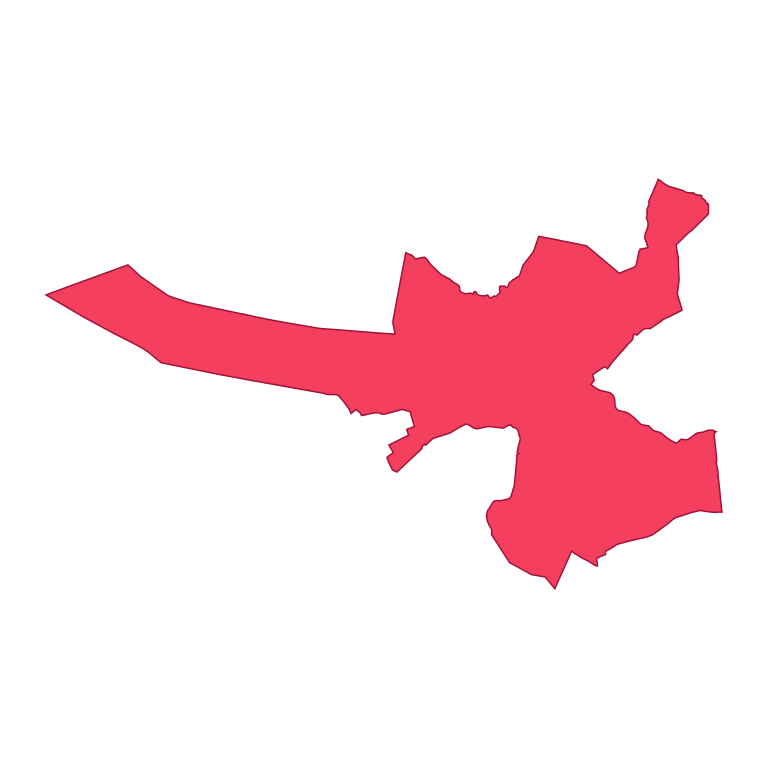 Woudenberg, Utrecht, Netherlands
{"feature_id": "6326949B36718410472652", "entity_name": "Woudenberg", "entity_type": "district", "adm_level": 2, "iso_a3": "NLD", "parent_name": "Netherlands", "parent_adm1": "Utrecht", "projection": "mercator", "projection_center": [5.439, 52.08], "detail": "fine", "context": "isolated", "style": "filled", "palette": "rose", "viewbox_px": 768, "rotation_deg": 0, "n_neighbors": 0, "source": "geoboundaries", "source_scale": "gbopen_adm2", "svg_char_len": 6091}
<svg xmlns="http://www.w3.org/2000/svg" viewBox="0 0 768 768"><path d="M683.2,190.7L680.1,189.6L668.9,186.4L663.8,183.4L661.1,181.2L658.3,179.3L652.1,193.8L649.1,200.5L648.9,201.2L648.8,202.3L649.1,203.4L649.0,204.3L648.7,205.2L647.2,208.8L646.9,212.9L647.0,213.6L647.2,215.1L646.3,217.7L647.4,220.6L647.8,221.9L648.0,222.8L648.0,225.1L647.6,227.6L645.3,233.6L645.1,234.5L644.9,237.6L645.0,239.0L645.4,239.9L646.0,240.9L645.7,241.2L646.5,242.4L647.6,246.8L648.0,247.7L640.1,249.1L639.3,251.0L638.8,252.4L637.2,260.4L636.1,264.8L636.1,265.4L635.9,265.8L635.2,266.1L634.3,267.3L625.4,270.6L622.1,272.1L619.1,273.2L586.8,246.0L586.4,245.8L566.3,241.7L566.3,241.8L553.0,239.0L538.8,236.4L538.5,237.0L535.3,246.6L533.3,251.9L523.1,265.1L519.8,274.8L518.9,276.8L518.1,276.6L517.3,276.9L514.7,278.9L512.7,279.8L511.5,281.3L510.6,281.7L509.1,283.2L508.7,284.7L507.8,286.4L507.6,286.8L506.6,287.5L505.9,287.6L505.4,287.2L504.8,286.0L504.1,286.2L501.5,286.1L499.9,286.3L499.7,286.5L499.5,287.1L499.5,289.0L499.5,289.9L500.1,292.7L500.0,293.1L498.9,293.5L497.2,295.4L496.1,296.1L495.5,296.3L494.5,296.0L493.9,296.1L491.2,297.8L490.0,297.9L489.3,297.6L488.1,295.4L487.3,295.0L485.4,295.7L483.3,295.9L479.8,295.5L478.1,295.1L477.2,294.4L476.3,292.4L475.2,291.6L474.6,291.6L473.9,291.9L473.6,292.4L473.6,293.3L473.4,293.8L473.1,294.0L472.2,293.7L470.1,293.1L465.0,293.8L463.7,293.1L461.7,292.5L460.5,291.4L459.7,290.5L459.6,288.0L459.4,286.6L458.9,285.6L457.1,284.3L455.2,283.3L453.2,282.1L449.8,279.1L449.1,278.6L448.6,278.6L443.1,275.5L441.6,274.9L441.1,274.6L430.2,264.0L429.5,263.1L428.7,261.7L427.9,260.5L424.9,257.4L424.1,257.2L416.6,258.7L415.5,258.7L414.6,258.2L412.9,256.2L411.2,254.9L409.4,254.4L405.8,252.7L405.5,253.9L404.1,261.8L402.3,270.8L393.1,320.1L392.9,322.3L392.9,323.1L394.7,332.1L395.0,333.5L395.0,334.1L379.6,333.1L342.0,330.1L328.4,329.1L320.4,328.5L316.0,327.9L275.4,320.8L254.8,316.7L246.6,314.8L233.6,312.2L189.2,302.8L173.3,297.6L168.0,295.6L140.7,276.6L133.4,269.8L127.9,264.9L70.8,285.7L58.2,290.4L51.2,292.9L46.1,295.0L83.5,317.0L113.4,333.2L131.6,342.4L143.0,348.5L149.5,353.0L161.0,362.7L217.8,374.2L251.7,380.5L322.6,393.1L327.1,394.4L329.9,394.6L331.8,394.5L334.4,394.6L337.0,394.9L338.1,395.1L343.6,401.6L345.6,404.2L347.2,406.6L349.3,409.2L351.0,413.5L356.0,409.5L360.1,412.7L361.5,415.5L364.2,415.2L365.0,414.9L370.2,413.7L376.1,412.7L377.0,412.7L378.9,413.0L380.0,413.4L382.0,414.2L385.9,413.9L402.3,409.4L410.4,411.9L410.8,414.2L411.3,416.0L414.4,426.5L406.7,429.4L408.6,435.2L388.9,445.0L393.2,452.6L388.9,455.8L386.9,457.6L388.7,462.3L392.3,469.6L392.5,469.9L396.9,472.1L420.7,449.7L421.3,449.0L421.2,448.7L421.7,448.7L422.2,446.3L424.1,444.6L424.5,444.0L425.7,445.2L430.9,440.3L433.2,438.4L450.0,433.0L454.0,430.6L461.9,426.0L462.9,425.7L465.2,424.4L466.2,424.1L467.2,424.2L469.1,425.1L473.7,428.0L475.3,428.5L477.1,428.8L483.2,427.6L486.6,426.7L488.4,426.6L492.6,426.8L497.8,427.5L503.5,428.1L508.1,425.4L509.6,425.3L511.0,424.8L512.3,426.8L513.1,427.3L515.7,428.1L516.5,428.6L517.3,429.6L517.8,430.4L518.3,431.6L518.7,433.3L519.0,435.4L520.0,437.4L520.2,438.8L520.1,439.9L518.4,446.2L517.3,451.5L517.2,452.7L517.3,453.0L518.6,453.5L517.8,454.1L517.2,455.0L516.6,455.3L516.9,456.0L516.8,457.8L515.6,471.9L514.7,481.7L514.3,485.1L513.9,486.9L511.6,494.3L511.7,494.6L510.4,497.3L509.9,498.0L509.4,498.4L508.1,499.0L501.6,500.5L499.8,500.7L496.5,500.6L495.1,500.7L494.2,501.0L493.2,501.9L492.2,503.4L488.8,509.1L487.9,510.1L487.6,510.7L487.0,512.9L486.4,516.1L486.7,516.5L487.0,519.1L487.5,521.4L487.7,522.1L490.3,527.2L491.5,529.1L491.7,531.2L491.6,535.1L492.0,535.4L497.7,544.1L509.6,562.7L514.5,565.3L531.4,574.6L545.2,577.0L554.8,588.7L571.7,551.0L573.9,552.9L582.0,558.0L589.2,561.6L594.6,565.2L595.7,565.6L597.5,565.9L596.6,558.4L601.4,556.2L605.7,554.4L605.3,551.9L605.4,551.5L606.9,550.6L609.7,549.1L609.9,549.0L609.9,548.8L612.0,547.7L612.9,547.0L613.0,546.4L614.1,546.5L614.3,546.2L615.0,545.7L617.2,544.4L617.8,544.2L630.2,540.8L633.4,540.1L647.6,536.7L651.9,535.1L654.9,533.1L664.7,526.0L667.5,524.1L669.3,522.4L672.2,520.0L675.0,518.0L691.2,512.6L700.1,510.5L710.9,512.1L715.8,512.3L719.6,512.0L721.9,512.2L719.0,483.5L718.3,477.0L718.1,475.4L717.8,470.6L717.0,466.3L716.2,463.2L716.2,462.8L716.7,460.6L716.7,459.8L716.0,451.9L715.0,442.8L714.9,441.5L714.1,436.3L714.4,433.2L715.9,431.9L716.2,431.7L712.7,430.2L709.6,430.1L707.7,430.4L705.6,431.1L703.1,432.1L697.6,432.9L695.8,433.8L689.4,438.5L687.9,439.3L686.8,439.7L685.0,439.8L682.4,439.2L681.3,439.2L680.4,439.7L677.8,442.1L677.2,442.5L676.0,442.8L674.6,442.6L667.3,438.2L661.3,433.1L658.5,431.9L656.0,431.5L656.0,431.3L655.3,431.3L652.0,429.6L650.7,428.0L649.5,426.9L649.1,426.1L648.4,425.7L647.6,425.7L646.7,425.5L643.0,425.0L641.8,424.6L640.5,423.9L639.2,422.8L636.4,419.8L629.8,414.2L628.6,413.4L625.0,411.9L619.5,410.8L618.4,410.4L617.4,409.7L617.0,409.4L616.1,408.3L615.3,406.6L615.0,405.5L614.7,399.7L614.3,398.1L613.9,396.8L612.8,395.0L612.1,394.3L610.3,392.9L609.4,392.5L601.2,390.6L598.1,389.4L594.9,387.5L592.5,385.7L591.1,384.4L594.2,380.4L592.6,374.6L593.0,374.5L602.2,368.2L605.1,366.6L605.4,366.8L607.4,368.8L610.4,365.1L610.3,364.7L614.9,359.1L620.6,352.6L623.9,349.1L627.5,344.8L627.5,344.6L632.6,339.6L632.6,339.1L633.8,334.1L633.9,333.9L637.0,335.1L642.5,330.0L643.9,329.1L646.3,328.5L650.4,328.6L650.5,328.4L661.3,321.1L663.5,319.3L670.4,316.1L682.0,310.3L681.4,307.3L678.9,299.5L677.4,294.0L677.4,293.4L679.1,279.7L678.4,265.2L678.3,257.2L678.1,256.6L677.6,254.5L676.0,244.8L681.5,239.7L688.0,233.2L690.6,231.2L691.7,230.5L708.3,214.1L708.5,213.2L708.4,212.7L708.4,209.7L708.6,206.4L708.5,205.0L708.4,204.7L707.8,204.4L707.8,203.5L707.7,203.2L707.4,203.1L706.7,203.7L705.4,201.2L705.5,200.6L704.1,199.5L703.4,199.2L702.7,198.5L701.5,197.7L701.4,197.3L701.7,195.8L701.6,195.5L701.4,195.4L700.4,195.6L699.2,194.9L698.8,195.4L698.4,195.5L696.7,194.6L696.1,194.6L694.9,194.1L694.5,193.7L694.4,193.3L694.3,193.2L692.4,192.7L692.2,192.8L692.1,193.2L691.9,193.4L690.9,192.9L688.1,192.7L686.5,192.4L684.6,191.5L683.2,190.7Z" fill="#f43f5e" stroke="#9f1239" stroke-width="1.5"/></svg>